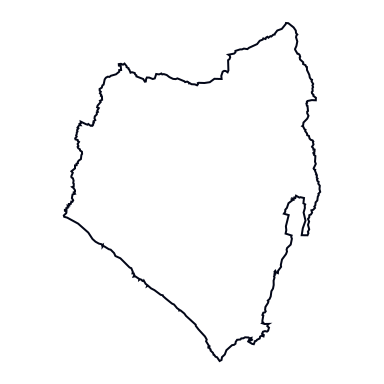 Tabanan, Bali, Indonesia (orthographic projection)
{"feature_id": "22746128B4646422714630", "entity_name": "Tabanan", "entity_type": "district", "adm_level": 2, "iso_a3": "IDN", "parent_name": "Indonesia", "parent_adm1": "Bali", "projection": "orthographic", "projection_center": [115.097, -8.439], "detail": "fine", "context": "isolated", "style": "outline", "palette": "ink", "viewbox_px": 384, "rotation_deg": 0, "n_neighbors": 0, "source": "geoboundaries", "source_scale": "gbopen_adm2", "svg_char_len": 5881}
<svg xmlns="http://www.w3.org/2000/svg" viewBox="0 0 384 384"><path d="M293.6,27.4L288.3,23.2L286.0,23.0L285.7,24.1L281.8,28.9L277.3,30.5L274.7,33.9L274.7,34.5L273.2,34.8L271.3,36.5L270.4,36.2L268.4,37.7L267.4,36.8L266.1,37.6L265.5,39.0L263.3,38.4L262.7,39.6L259.7,40.8L257.1,44.1L249.0,47.8L247.4,49.1L243.9,48.6L242.0,49.4L240.1,49.4L235.4,50.9L235.4,52.4L234.1,53.6L228.4,54.7L229.7,55.6L230.2,57.2L229.5,59.1L228.1,60.2L228.4,70.4L227.6,72.3L225.7,71.0L224.1,70.9L222.7,71.7L221.3,75.9L221.6,79.0L214.4,78.8L209.8,82.2L204.4,83.0L198.7,82.8L197.8,83.1L197.9,84.4L197.1,85.3L194.9,84.4L191.5,84.2L189.7,83.1L189.1,83.4L188.5,82.3L187.2,81.6L185.1,82.1L184.4,81.3L177.4,78.4L175.7,79.1L173.1,78.9L169.4,77.1L166.7,75.0L163.8,74.1L162.2,74.4L161.4,73.5L159.1,74.4L156.2,74.0L154.8,78.4L152.8,79.0L149.3,77.6L146.9,77.5L146.1,79.1L145.8,81.5L144.9,81.7L143.2,79.0L136.4,76.4L136.4,75.4L135.1,74.3L134.7,73.0L131.9,72.2L130.5,72.7L129.3,69.7L128.7,69.3L128.6,68.3L126.6,67.1L126.6,66.2L124.5,63.6L123.0,64.7L121.0,63.8L118.8,64.1L118.9,65.6L120.7,65.9L121.1,70.0L119.2,70.1L119.2,71.7L116.0,74.3L110.8,75.8L109.5,76.9L107.7,76.7L105.9,77.7L104.7,79.4L103.6,84.6L102.4,85.4L101.8,87.6L99.6,89.0L99.7,90.7L100.8,91.8L99.9,93.2L101.2,94.7L100.9,95.9L101.9,96.3L102.1,99.8L100.0,100.8L100.7,102.0L97.6,105.6L97.1,107.3L98.8,108.1L97.3,110.5L97.9,111.9L96.8,112.3L96.8,114.4L94.8,116.4L94.5,118.4L95.3,120.1L93.5,121.3L93.9,122.6L93.3,122.8L93.1,124.9L92.2,125.2L92.2,125.8L90.7,125.8L88.3,124.0L87.6,124.7L86.0,124.2L80.7,121.6L80.9,123.1L79.6,123.8L80.5,125.2L79.2,125.1L77.5,127.7L78.4,128.3L77.1,130.1L77.5,131.6L76.8,132.3L76.7,134.2L76.1,135.4L76.7,136.6L75.2,138.3L75.5,139.4L77.7,140.0L77.9,141.1L79.0,141.9L77.6,144.0L78.4,146.0L77.6,146.9L78.3,148.3L79.9,149.3L80.1,150.5L81.9,151.7L82.1,153.9L81.4,155.0L80.9,159.1L78.7,160.6L77.8,162.0L77.9,163.2L76.5,163.7L76.6,165.2L75.0,165.4L75.0,168.4L71.4,171.3L72.8,172.8L71.3,176.3L71.5,177.4L72.9,178.3L73.6,180.7L73.2,183.0L73.8,183.8L73.7,186.5L72.2,187.0L73.6,188.1L75.0,190.3L75.0,191.7L73.8,192.3L74.9,193.8L72.6,194.4L72.4,195.1L71.9,198.1L73.2,200.3L72.4,201.8L71.3,201.6L70.7,203.9L69.0,204.0L69.3,205.4L67.7,205.4L68.3,206.8L67.5,207.1L67.6,207.8L66.3,208.2L66.5,209.9L64.9,209.9L64.9,210.8L66.5,211.9L66.2,213.2L63.8,215.5L64.2,216.8L67.1,217.6L78.1,223.6L88.3,232.6L92.5,239.0L95.5,241.7L98.9,243.6L101.8,244.3L102.3,245.4L101.9,246.5L102.8,245.5L102.7,246.5L103.1,246.0L104.0,246.2L108.8,249.2L110.7,249.7L114.1,253.1L115.4,256.0L120.4,258.3L129.6,267.5L131.3,268.2L132.8,271.8L132.5,273.4L133.7,273.4L134.3,275.0L133.6,276.6L135.2,276.3L139.3,279.0L139.2,279.8L140.0,279.2L141.6,279.8L142.4,280.9L143.5,281.1L143.8,280.6L145.6,283.8L147.4,285.2L147.1,286.1L147.9,285.6L151.1,288.4L154.4,290.1L160.7,294.8L162.8,295.3L163.1,296.2L165.8,298.6L172.0,303.6L174.0,304.5L177.1,308.2L179.1,309.6L179.2,310.5L180.4,310.3L184.3,313.5L186.1,316.0L195.7,324.7L195.8,325.9L198.5,329.4L205.0,336.5L206.7,339.5L206.1,341.3L208.7,345.5L208.5,346.3L209.1,346.3L208.6,347.4L209.4,347.4L209.2,348.1L210.6,349.4L210.6,350.6L213.0,352.9L213.6,354.8L214.2,354.8L215.5,356.7L217.1,357.3L219.6,361.0L221.5,360.0L222.0,357.1L224.8,354.5L226.4,350.2L232.0,345.2L234.1,344.8L235.5,343.7L235.7,341.9L237.1,339.8L240.4,339.5L241.3,338.4L243.3,338.3L245.1,337.3L248.6,337.5L249.5,338.4L251.4,337.9L251.2,338.7L252.0,339.8L250.6,340.5L250.0,340.2L250.1,339.4L249.2,339.6L248.2,341.5L252.2,343.9L253.8,344.2L255.0,341.1L256.3,340.8L257.0,339.8L259.7,338.5L260.1,336.6L261.6,335.7L263.5,336.4L263.8,335.0L262.1,333.7L263.0,331.7L265.0,331.1L267.0,331.6L268.1,330.7L269.0,327.7L267.3,326.1L267.9,324.4L268.7,323.9L264.6,324.0L262.2,323.2L263.1,322.4L262.4,321.8L262.4,320.6L263.3,315.5L262.4,315.0L263.3,312.7L264.9,312.4L265.7,311.3L265.1,309.9L265.4,307.0L268.0,302.9L268.4,301.5L267.8,300.6L269.5,299.1L270.7,296.5L271.4,291.2L273.0,288.6L273.7,285.0L273.6,280.6L274.5,277.6L274.0,276.3L274.7,275.5L274.4,274.2L275.2,273.9L274.5,271.8L275.3,270.8L276.2,272.4L277.9,273.1L278.1,270.8L281.1,266.8L280.8,265.0L282.0,259.5L286.0,254.1L287.0,251.5L286.6,249.7L287.1,248.0L290.7,244.6L291.9,238.7L291.2,236.8L291.6,235.5L285.6,233.6L286.3,230.1L285.9,226.3L288.7,215.1L283.9,213.7L285.2,211.8L285.3,209.7L286.9,207.9L288.5,203.2L291.8,200.7L291.6,199.6L293.1,199.8L292.5,198.5L294.0,198.7L294.3,197.6L295.3,198.0L296.0,195.7L299.4,197.6L300.4,197.2L304.0,198.0L303.4,203.3L305.2,204.4L304.7,205.6L304.9,208.0L303.6,212.5L305.5,220.6L302.8,228.3L301.7,235.2L307.5,235.3L308.4,233.2L307.9,231.8L309.2,229.3L308.0,224.9L309.1,221.6L308.0,218.9L309.2,217.5L309.3,215.2L311.0,214.4L312.1,212.6L311.4,210.3L313.2,209.8L315.0,207.9L314.3,206.6L315.3,205.4L315.6,202.4L317.3,200.5L317.8,196.6L318.8,194.9L318.4,193.8L320.2,191.9L319.5,189.1L319.8,185.7L318.3,183.7L318.6,181.8L317.6,181.2L317.0,179.7L317.6,178.6L316.7,177.7L316.9,175.3L316.2,174.7L316.5,174.4L315.0,170.7L315.2,169.8L314.0,169.3L313.6,168.4L315.8,163.9L315.0,161.7L315.4,156.0L314.1,155.0L314.3,153.5L313.5,153.5L313.3,152.9L314.5,151.5L314.6,149.7L313.4,149.6L313.5,148.6L312.0,146.8L313.5,144.5L312.9,142.0L313.3,141.5L312.6,140.4L310.8,139.8L309.6,138.6L308.9,135.9L307.2,135.2L307.0,133.5L305.2,131.1L305.5,129.8L304.6,129.4L303.2,126.6L302.3,126.1L303.1,125.4L303.5,122.5L307.3,118.6L308.5,115.8L307.2,113.3L307.2,111.6L308.0,111.0L307.5,105.9L306.9,105.7L306.4,103.4L307.1,102.9L306.9,101.6L307.5,101.0L311.8,100.1L315.8,100.3L315.9,97.8L313.3,95.8L313.5,94.9L312.0,93.3L311.8,92.1L312.7,91.0L312.4,88.3L313.1,87.1L312.4,85.5L313.2,84.0L311.6,81.4L312.0,79.8L311.1,79.5L309.8,77.6L309.3,74.8L307.0,70.0L306.9,67.0L306.1,66.7L305.5,65.2L303.1,64.0L303.2,62.3L300.0,59.4L299.7,57.4L300.2,56.8L299.6,54.9L298.5,53.8L297.5,53.8L295.3,50.0L295.0,49.1L296.4,46.0L297.3,41.4L296.0,37.2L296.5,35.3L297.3,34.6L296.0,32.9L295.8,30.6L293.6,27.4Z" fill="none" stroke="#020617" stroke-width="2"/></svg>